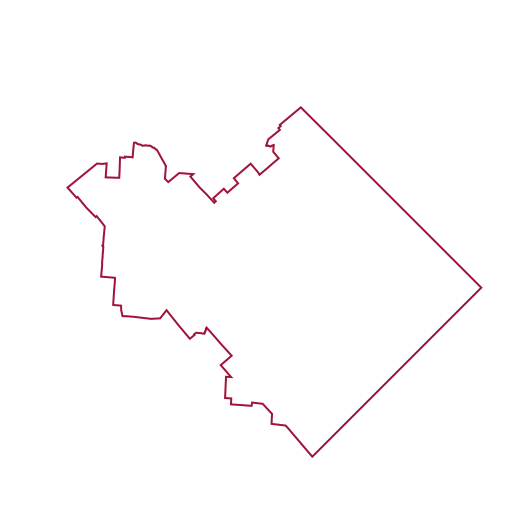 the district of Diamantina, Queensland, Australia, rotated 225°
{"feature_id": "25037944B3552129947749", "entity_name": "Diamantina", "entity_type": "district", "adm_level": 2, "iso_a3": "AUS", "parent_name": "Australia", "parent_adm1": "Queensland", "projection": "mercator", "projection_center": [140.812, -24.577], "detail": "fine", "context": "isolated", "style": "outline", "palette": "rose", "viewbox_px": 512, "rotation_deg": 225, "n_neighbors": 0, "source": "geoboundaries", "source_scale": "gbopen_adm2", "svg_char_len": 4516}
<svg xmlns="http://www.w3.org/2000/svg" viewBox="0 0 512 512"><g transform="rotate(225 256 256)"><path d="M437.7,171.1L425.5,170.4L424.1,170.3L423.9,171.6L410.0,170.2L397.0,170.1L396.9,171.5L390.3,170.8L383.9,170.0L377.4,162.1L377.3,161.9L376.2,160.7L375.1,159.4L371.4,155.1L371.8,154.7L371.0,154.4L370.4,154.5L368.8,152.6L364.2,147.2L363.7,146.9L363.4,146.3L360.3,142.7L358.5,140.9L357.7,140.0L350.9,131.9L341.5,139.9L340.3,140.8L340.1,140.8L337.5,137.8L337.3,137.7L336.1,136.2L335.2,135.2L332.5,131.9L322.4,120.4L319.9,122.4L319.7,122.7L316.3,125.5L314.2,123.5L312.8,122.2L308.2,119.3L307.8,119.1L306.6,120.3L306.2,120.7L306.1,120.8L305.9,120.9L305.9,121.0L304.6,122.2L304.4,122.2L304.2,122.4L304.2,122.5L303.5,123.1L302.1,124.3L301.9,124.5L301.7,124.7L301.6,124.8L301.4,124.9L299.9,126.2L299.8,126.3L290.0,134.0L289.0,134.8L288.3,135.4L285.9,137.2L283.4,140.0L279.7,144.1L280.9,154.4L263.2,152.4L262.8,152.3L260.7,152.2L259.3,152.0L258.3,151.9L258.2,151.9L257.6,151.9L255.4,151.7L253.2,151.5L244.3,150.7L243.6,156.5L244.4,156.7L244.1,159.3L240.0,162.8L239.6,163.0L237.7,164.3L237.7,164.5L237.8,164.6L237.9,164.8L237.8,165.0L237.8,165.3L238.0,165.5L237.9,165.7L238.2,165.9L238.4,166.1L238.5,166.2L238.7,166.4L238.7,166.7L238.8,167.0L238.9,167.3L238.8,167.6L238.9,167.8L238.9,168.0L239.0,168.3L239.3,168.4L239.4,168.5L239.6,168.6L239.8,168.7L239.9,168.8L240.0,169.1L240.0,169.4L240.2,169.7L240.2,169.9L240.2,170.1L240.3,170.4L232.8,170.0L218.0,169.0L217.8,169.0L205.7,168.4L202.7,168.3L203.8,153.9L188.0,152.8L191.8,149.4L177.4,133.7L172.8,137.8L168.8,133.4L153.2,146.9L155.1,149.6L150.7,153.1L146.8,156.2L141.4,156.0L133.0,155.7L130.7,153.1L126.3,148.3L115.1,157.1L111.8,156.9L74.3,153.9L74.3,167.2L74.3,187.5L74.3,196.2L74.3,197.4L74.3,217.2L74.3,224.1L74.3,236.7L74.3,280.1L74.3,309.6L74.3,336.4L74.3,349.1L74.3,381.6L74.3,384.4L74.3,392.9L84.8,392.9L86.9,392.9L87.0,392.9L103.6,392.9L106.4,392.9L108.2,392.9L108.4,392.9L135.5,392.9L139.5,392.9L140.0,392.9L161.2,392.9L176.1,392.9L178.2,392.9L180.3,392.9L181.8,392.9L182.3,392.9L189.3,392.9L190.2,392.9L193.2,392.9L194.8,392.9L196.4,392.9L231.6,392.9L234.8,392.9L235.5,392.9L237.4,392.9L238.6,392.9L259.7,392.9L280.9,392.9L281.9,392.9L288.0,392.9L316.2,392.8L323.2,392.8L329.4,392.8L329.6,391.2L329.6,390.9L330.8,377.4L331.9,365.5L330.4,365.4L330.4,365.2L330.6,362.3L328.3,362.1L329.4,351.0L329.8,347.7L329.8,347.2L327.2,341.8L326.9,341.2L326.7,341.3L326.4,341.5L326.2,341.5L326.2,341.8L325.9,342.0L326.0,342.1L325.7,342.4L325.4,342.7L324.5,343.0L323.8,343.2L323.5,343.3L323.2,343.6L323.0,343.9L323.2,344.1L323.0,344.5L322.9,344.7L322.9,344.9L322.7,345.1L322.5,345.8L322.4,346.1L322.2,346.3L322.2,346.7L322.0,347.0L317.5,341.9L309.0,341.1L309.7,332.4L310.1,326.2L311.0,315.9L313.3,316.6L325.0,317.5L325.6,310.2L326.0,304.5L326.7,295.4L320.0,294.7L320.3,291.1L321.0,280.5L326.3,280.8L327.1,266.6L323.1,266.3L323.2,264.1L334.0,264.6L344.8,264.6L358.6,265.8L358.3,269.5L364.1,264.5L369.0,260.3L370.3,246.2L372.0,246.2L375.0,246.2L382.8,255.3L383.2,255.5L383.2,255.9L399.4,260.5L401.4,261.0L401.6,260.8L401.7,260.7L402.0,260.6L402.4,260.5L402.6,260.5L402.9,260.5L403.0,260.5L403.4,260.5L403.5,260.6L404.0,260.6L404.4,260.6L404.8,260.3L405.0,260.1L405.1,259.9L405.4,259.8L405.6,259.8L405.8,259.8L406.0,259.7L406.5,259.6L406.8,259.6L407.0,259.7L407.4,259.4L407.7,259.4L407.9,259.4L408.1,259.4L408.3,259.4L408.5,259.3L408.6,259.2L408.8,259.1L409.0,259.0L409.2,258.9L409.3,258.7L409.6,258.5L409.6,258.4L409.8,258.2L410.0,257.9L410.4,257.7L410.5,257.6L410.7,257.4L410.8,257.3L411.0,257.2L411.2,256.9L411.4,256.8L411.6,256.7L411.8,256.6L412.0,256.4L412.4,256.2L412.6,256.0L412.6,255.9L412.7,255.7L412.8,255.4L412.9,255.2L413.1,255.1L413.3,255.0L413.4,254.9L413.5,254.7L413.7,254.4L413.8,254.2L414.0,253.8L414.2,253.7L414.4,253.6L414.6,253.6L415.0,253.5L415.3,253.4L415.6,253.4L415.8,253.4L416.0,253.3L416.2,253.2L416.4,253.2L416.6,253.1L416.7,252.9L416.9,252.8L417.0,252.6L417.3,252.3L417.6,252.2L417.8,252.1L418.1,252.0L418.3,251.8L418.6,251.7L418.9,251.4L419.2,251.5L419.4,251.5L419.6,251.5L419.8,251.4L420.0,251.4L420.5,251.3L420.7,251.2L420.9,251.2L421.1,251.1L421.3,251.0L421.5,250.9L421.7,250.7L421.9,250.5L422.0,250.3L422.1,250.0L422.3,249.8L421.7,248.9L413.0,238.5L413.7,238.0L418.9,233.6L418.2,232.7L421.9,229.6L419.0,226.5L411.5,218.5L411.5,218.4L408.0,214.6L410.3,212.4L417.9,205.3L427.1,215.9L429.6,212.6L433.8,208.9L434.8,198.9L435.6,191.1L436.1,186.4L436.6,181.4L436.8,179.5L437.5,172.7L437.7,171.1Z" fill="none" stroke="#9f1239" stroke-width="2"/></g></svg>